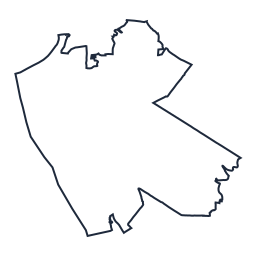 Milcov, Olt, Romania
{"feature_id": "2599482B38405500172940", "entity_name": "Milcov", "entity_type": "district", "adm_level": 2, "iso_a3": "ROU", "parent_name": "Romania", "parent_adm1": "Olt", "projection": "natural_earth1", "projection_center": [24.399, 44.373], "detail": "fine", "context": "isolated", "style": "outline", "palette": "slate", "viewbox_px": 256, "rotation_deg": 0, "n_neighbors": 0, "source": "geoboundaries", "source_scale": "gbopen_adm2", "svg_char_len": 5675}
<svg xmlns="http://www.w3.org/2000/svg" viewBox="0 0 256 256"><path d="M87.6,235.9L110.4,230.9L112.0,230.0L111.1,227.3L110.9,225.5L110.6,224.5L110.5,224.0L110.8,223.4L111.4,223.0L112.1,222.5L112.2,222.2L111.9,221.8L110.0,222.6L109.7,222.5L109.5,222.3L109.5,221.9L109.6,221.7L110.8,221.1L110.4,219.9L109.8,220.1L109.6,219.7L110.1,218.8L110.0,218.5L109.6,218.2L109.6,217.8L110.3,217.0L110.4,216.8L110.1,216.4L110.1,216.2L112.8,214.4L113.5,217.2L114.0,218.7L114.8,220.1L115.7,221.5L118.0,223.7L119.2,225.1L122.2,230.2L123.9,232.8L124.7,232.2L131.3,228.1L130.6,227.5L130.0,226.7L129.3,226.0L128.2,225.0L128.1,224.0L128.4,223.4L129.6,221.9L130.9,220.4L133.2,217.2L135.7,214.2L137.0,212.5L140.2,208.4L141.5,207.1L142.9,205.2L143.1,204.8L143.2,204.5L143.0,203.5L142.9,203.0L143.0,201.8L142.9,201.6L142.7,201.4L142.2,201.1L142.1,200.4L142.0,199.8L141.4,197.8L141.4,197.0L141.1,196.2L139.7,192.0L138.4,189.0L138.6,188.5L139.0,188.5L139.3,188.5L140.2,188.9L140.6,189.1L141.3,189.6L144.5,191.7L147.1,193.2L147.7,193.5L148.2,193.8L150.7,195.7L151.5,196.1L152.2,196.5L154.2,197.9L160.6,201.8L161.1,202.1L162.0,202.3L162.6,202.6L163.9,203.7L165.7,204.9L168.8,207.1L172.4,209.4L174.4,210.7L176.7,212.1L181.1,214.9L181.6,215.1L182.1,215.2L185.5,215.4L190.1,215.5L192.1,215.7L193.1,215.7L194.3,215.5L195.9,215.6L199.8,215.6L202.4,215.5L203.7,215.6L203.6,215.8L207.1,215.9L208.5,216.0L209.2,215.9L209.9,215.7L209.8,214.0L209.6,213.0L209.6,212.9L210.0,212.6L210.7,212.3L210.8,212.0L210.7,211.8L211.2,211.3L211.7,210.8L212.7,210.5L213.2,210.1L213.7,210.3L214.6,210.1L215.4,209.4L215.6,209.2L215.7,208.9L215.6,206.9L215.7,204.8L215.5,203.3L215.6,202.5L218.7,202.9L219.4,203.1L219.5,201.6L221.6,201.3L221.8,201.3L221.8,200.6L220.1,200.8L219.9,200.2L220.3,199.7L220.7,199.7L222.3,199.4L222.3,197.6L222.2,196.6L221.8,195.3L221.4,194.5L219.4,192.6L219.0,191.9L218.6,190.7L218.5,189.4L218.5,188.2L219.1,185.9L219.5,184.8L219.8,184.2L219.9,183.6L219.6,183.3L218.4,183.0L217.1,182.3L215.7,181.3L215.4,181.0L215.4,180.9L215.8,180.4L215.9,180.1L216.1,178.8L216.3,178.7L216.4,178.8L216.8,179.3L217.1,180.1L217.2,180.3L217.5,180.3L219.9,180.3L223.7,180.0L224.9,180.1L226.3,179.9L226.7,179.8L227.4,179.3L227.8,179.0L228.2,178.2L228.4,176.6L228.6,176.3L228.8,175.9L228.4,175.4L227.6,174.6L227.1,174.0L226.0,172.5L225.7,171.8L225.1,171.1L225.0,170.8L224.9,170.3L224.4,169.4L224.2,168.9L222.9,167.1L222.4,166.0L222.5,165.8L223.0,165.9L223.3,166.2L224.9,167.8L226.1,168.9L227.0,169.5L227.9,169.9L229.2,170.3L230.2,170.5L231.5,170.7L231.9,170.7L232.4,170.4L232.7,170.1L233.0,169.6L233.1,169.4L233.1,169.1L232.9,168.5L232.9,168.0L233.0,167.6L233.4,167.1L234.0,167.0L234.3,167.0L236.6,167.4L236.9,167.4L237.1,167.3L237.6,166.8L237.7,166.5L237.8,166.0L237.8,165.5L237.5,164.2L237.3,162.8L237.5,161.5L238.0,159.7L238.3,159.3L239.2,158.7L239.9,158.3L240.6,157.9L224.0,147.4L222.3,146.3L215.7,142.3L207.6,137.1L203.7,134.6L200.1,132.4L197.0,130.3L193.5,128.2L190.6,126.2L189.4,125.5L187.2,124.1L153.3,102.9L157.6,100.6L163.9,97.5L165.9,96.4L166.9,96.6L167.5,96.4L167.8,96.1L170.4,92.4L174.3,87.4L176.4,84.5L177.1,83.6L180.4,79.6L181.2,78.8L181.4,78.4L181.9,77.5L182.6,76.7L183.1,75.8L183.5,75.5L184.3,75.0L184.6,74.3L184.7,73.5L191.6,64.7L183.6,60.7L180.9,59.6L178.8,58.3L174.2,55.1L172.7,54.2L169.5,51.9L168.6,51.0L168.1,50.3L167.9,49.6L167.6,49.2L166.7,48.5L166.6,48.4L165.8,48.3L164.4,50.3L161.8,54.4L160.2,54.7L158.8,55.2L158.0,55.2L158.4,49.5L162.9,49.1L163.3,48.8L162.6,47.0L162.5,46.6L162.5,46.2L162.6,45.1L162.5,44.9L162.2,44.3L161.2,43.0L159.9,41.8L159.4,41.5L158.4,41.2L158.7,38.1L158.7,36.5L158.5,35.1L158.3,34.6L157.9,33.4L157.2,33.7L155.7,31.9L154.5,30.9L153.9,30.7L153.7,30.5L153.4,30.5L153.2,30.3L152.0,28.8L151.2,28.4L148.4,24.9L147.9,24.1L147.0,22.4L146.6,21.7L146.7,21.3L144.6,21.9L144.4,22.1L141.0,21.6L140.8,21.5L134.3,20.7L126.7,20.1L126.6,20.4L126.7,20.7L127.1,21.3L127.2,21.5L127.1,22.0L126.9,22.3L126.2,22.9L125.9,23.3L125.2,24.4L124.3,25.4L123.4,26.0L123.0,26.2L122.7,26.3L121.5,26.9L120.2,27.8L119.7,28.2L119.3,28.4L118.3,28.7L118.2,28.9L118.2,29.1L118.4,29.2L119.1,29.6L119.8,30.3L120.0,30.6L120.1,31.0L120.8,31.3L121.1,31.6L121.7,32.2L121.8,32.4L121.6,32.5L121.3,32.5L121.1,32.5L120.7,32.3L119.6,31.5L118.1,30.2L117.2,29.7L115.6,29.9L115.1,30.1L114.8,30.4L114.6,30.7L114.6,30.9L114.7,31.2L114.9,31.5L116.5,32.6L117.1,33.4L116.8,34.4L116.7,34.7L116.5,35.0L116.2,35.2L115.6,35.3L115.4,35.3L114.7,34.9L114.1,34.7L113.8,36.4L112.8,36.5L113.1,36.8L113.2,37.1L113.2,37.4L112.7,38.0L112.3,38.5L112.4,39.1L112.6,39.6L112.9,40.0L113.1,40.3L113.5,41.4L114.1,42.2L114.4,43.0L114.5,43.4L114.5,43.7L114.0,44.9L113.4,46.8L113.0,47.8L112.8,48.7L112.7,50.2L112.7,51.3L112.7,54.2L108.0,54.0L105.4,54.3L105.5,55.4L101.4,55.4L99.4,54.7L98.5,53.5L96.5,54.6L91.7,55.1L91.6,55.6L94.8,55.6L95.4,56.4L95.5,57.3L91.3,57.5L91.1,58.3L91.1,58.5L94.0,58.3L94.7,60.5L96.3,60.5L97.2,61.0L97.8,61.4L98.0,61.9L97.9,62.3L97.3,63.0L97.0,64.2L97.3,65.9L97.0,66.1L94.1,66.3L92.7,67.2L91.9,67.9L91.1,68.2L89.4,68.4L87.6,68.3L86.4,68.0L86.5,65.5L86.1,63.2L86.2,62.2L86.4,61.5L86.6,60.1L86.5,57.9L86.8,53.5L86.4,46.2L86.0,46.1L85.8,46.0L77.4,47.3L75.4,47.5L71.8,49.0L71.2,49.3L70.3,50.3L68.2,52.6L67.9,53.5L61.7,52.9L61.4,52.7L61.5,50.6L63.4,47.8L64.2,46.9L66.1,39.8L66.8,38.6L67.1,36.9L68.9,36.3L69.6,35.1L68.8,34.3L66.8,34.7L67.1,34.2L64.3,34.3L61.4,34.6L58.4,35.1L58.8,37.4L58.8,38.7L58.7,39.7L58.5,40.4L57.6,43.1L57.0,44.3L56.4,45.2L55.6,46.0L55.0,46.9L51.6,51.5L49.7,53.9L48.0,55.9L45.6,58.0L43.4,59.8L38.6,62.7L33.6,65.2L27.0,68.7L20.3,72.4L15.4,73.8L17.0,81.4L20.3,98.1L22.9,107.5L26.4,122.3L30.7,136.7L44.3,157.1L52.5,167.4L58.2,184.6L72.3,208.8L85.9,230.2L87.6,235.9Z" fill="none" stroke="#1e293b" stroke-width="2"/></svg>